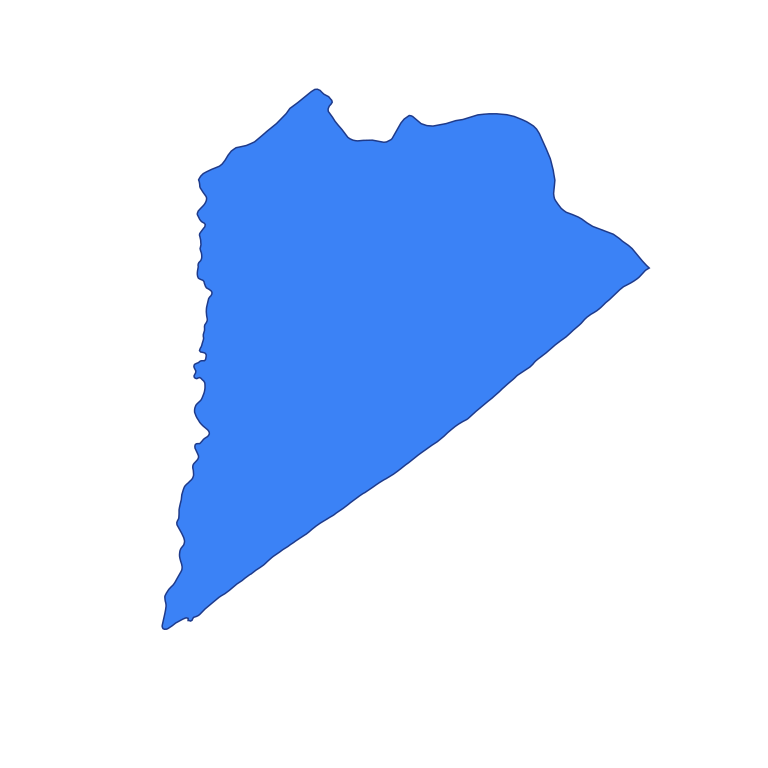 Champerico, Retalhuleu, Guatemala, rotated 284°
{"feature_id": "79465075B86216931252561", "entity_name": "Champerico", "entity_type": "district", "adm_level": 2, "iso_a3": "GTM", "parent_name": "Guatemala", "parent_adm1": "Retalhuleu", "projection": "albers", "projection_center": [-91.913, 14.334], "detail": "fine", "context": "isolated", "style": "filled", "palette": "blue", "viewbox_px": 768, "rotation_deg": 284, "n_neighbors": 0, "source": "geoboundaries", "source_scale": "gbopen_adm2", "svg_char_len": 6164}
<svg xmlns="http://www.w3.org/2000/svg" viewBox="0 0 768 768"><g transform="rotate(284 384 384)"><path d="M560.7,613.3L562.5,610.1L565.9,604.9L575.4,592.0L577.6,587.7L580.2,580.9L582.1,577.2L584.8,570.3L587.4,548.4L589.4,542.1L591.9,536.0L593.0,532.1L594.0,525.8L594.7,519.3L595.8,516.5L597.3,513.4L600.4,509.5L603.3,506.2L604.9,504.7L607.2,503.5L609.8,502.5L613.0,502.0L618.0,501.3L623.1,500.5L629.2,497.8L632.3,496.5L640.6,492.1L642.9,490.8L651.4,484.5L660.4,477.4L664.5,474.2L668.2,470.4L670.5,466.6L671.9,462.5L673.0,459.0L673.9,454.3L675.1,445.7L675.0,438.0L673.4,427.8L671.5,420.4L669.8,415.3L667.8,409.9L659.7,396.5L656.9,389.9L651.7,381.3L646.1,369.1L645.1,363.1L645.6,357.0L650.5,347.1L650.8,345.4L650.6,343.5L646.0,339.5L641.4,337.3L624.1,332.5L622.7,331.6L621.4,330.1L619.5,327.9L618.5,325.4L617.8,313.8L615.3,304.7L613.5,299.6L613.2,297.4L613.1,294.8L613.7,291.6L614.6,289.2L620.7,281.7L624.0,277.0L627.1,272.9L630.3,269.6L632.4,267.1L635.0,264.0L637.0,263.3L638.1,263.3L640.5,263.7L642.9,265.0L644.9,265.6L646.6,264.7L647.4,263.5L649.4,260.8L650.1,257.8L650.7,255.5L652.1,253.0L653.4,251.0L653.9,248.1L653.1,245.6L650.1,242.7L636.1,232.2L628.6,226.0L622.7,223.7L610.7,216.7L600.9,209.3L595.3,205.4L587.6,199.8L584.8,196.3L582.1,192.7L579.0,186.5L577.5,183.3L575.5,181.5L573.1,179.5L568.4,177.4L562.5,175.6L558.2,173.7L555.5,171.6L553.0,168.2L550.7,165.0L547.0,160.5L544.4,157.7L541.4,155.9L538.9,155.1L537.2,154.7L535.6,155.8L533.5,156.7L532.4,157.1L531.1,157.5L529.9,158.2L526.3,162.0L522.9,166.0L521.5,166.9L519.5,167.2L518.0,167.1L516.2,166.7L514.7,166.2L512.8,165.2L509.9,163.5L506.9,161.9L504.4,161.6L503.2,161.9L499.2,165.3L497.9,166.9L497.2,168.2L496.9,169.4L496.6,170.6L495.5,172.0L493.1,172.1L491.3,171.2L488.7,170.1L486.5,169.2L485.3,168.8L483.9,168.9L482.3,169.8L481.1,170.4L479.3,171.3L476.7,172.1L475.0,172.7L472.5,172.8L470.9,172.8L469.5,173.5L468.5,174.1L467.0,175.1L465.1,175.9L463.7,176.3L462.3,176.6L461.0,176.6L459.4,176.3L458.3,175.7L457.1,175.0L455.7,174.7L454.4,174.8L452.8,175.4L448.5,175.7L446.5,176.0L445.0,176.4L443.2,177.2L441.8,178.3L441.3,179.8L441.0,181.5L440.8,183.2L439.8,184.6L438.3,185.3L435.5,187.2L434.3,188.5L433.7,190.7L433.4,191.7L432.5,193.8L431.3,194.9L429.7,195.2L427.9,194.8L426.4,193.9L424.5,193.2L421.8,193.2L415.6,193.3L414.0,193.5L411.1,194.1L407.6,195.3L405.6,196.2L404.1,196.9L402.5,197.1L400.8,196.8L399.3,196.3L397.9,195.8L396.3,195.9L394.3,196.5L392.5,196.9L390.6,196.8L388.3,196.7L386.6,197.1L385.3,197.7L384.2,198.0L382.6,198.0L379.2,197.8L377.4,197.8L375.8,197.6L374.6,197.2L373.3,197.0L371.8,196.9L370.7,198.3L370.8,199.8L370.8,202.4L370.3,203.4L369.6,204.2L368.3,204.7L365.7,204.9L364.5,204.9L363.2,204.2L362.8,202.8L362.4,201.3L361.8,200.2L359.8,198.7L358.6,197.0L357.4,195.6L356.4,195.2L355.0,195.3L354.0,195.8L352.8,196.8L351.1,198.3L349.0,198.5L347.5,198.0L345.8,197.7L344.6,198.3L343.9,199.5L343.9,201.1L344.8,202.1L345.7,203.7L345.2,205.1L344.2,206.6L343.2,208.5L341.8,209.8L340.5,210.3L338.8,210.8L336.7,211.3L335.0,211.5L332.8,211.6L331.1,211.5L326.5,210.9L324.7,210.5L323.4,209.9L320.5,208.0L319.0,207.1L317.8,206.6L315.2,206.3L313.5,206.4L312.0,206.7L310.7,207.1L308.7,208.5L307.4,209.4L306.0,210.6L304.1,212.6L302.2,214.5L301.1,216.0L300.4,217.1L299.5,218.6L296.8,224.1L295.6,225.5L294.6,226.2L293.2,226.6L291.7,226.2L290.3,225.5L289.4,224.6L287.9,223.2L286.6,222.2L285.0,221.5L282.5,220.2L281.6,219.6L281.1,217.7L280.6,216.4L279.6,215.6L278.0,215.5L276.1,216.1L271.3,220.0L269.4,221.4L267.8,221.8L265.9,221.5L264.4,220.8L262.6,219.8L261.0,218.9L260.0,218.5L258.9,218.3L257.2,218.5L255.8,219.0L254.0,219.9L251.8,220.6L250.6,221.0L249.3,221.3L248.2,221.3L246.0,221.0L244.3,220.2L242.5,219.0L240.9,218.1L239.1,216.8L237.4,215.8L236.2,215.3L234.5,215.0L232.2,214.8L227.6,214.6L222.7,215.3L218.3,215.3L214.8,215.4L212.3,215.6L209.5,216.3L207.7,216.7L205.0,217.2L203.7,217.3L200.8,216.6L199.3,216.5L197.3,217.2L190.2,223.8L186.4,226.9L184.0,228.2L182.8,228.6L181.2,228.7L179.4,228.6L175.9,227.0L174.6,226.6L172.8,226.4L171.4,226.5L169.9,226.7L168.8,226.9L167.4,227.3L165.6,228.1L163.0,229.5L160.3,231.2L157.9,232.3L156.7,232.6L154.8,232.8L153.1,232.5L144.5,230.1L143.4,229.8L141.8,229.4L139.9,228.8L137.8,227.9L135.6,226.5L132.7,224.9L131.0,224.3L128.3,223.4L125.6,222.8L124.5,222.8L122.1,223.6L120.4,224.3L118.8,225.2L117.1,225.9L115.7,226.3L111.9,226.7L108.2,226.9L96.1,227.2L94.8,227.5L93.2,228.7L92.9,230.3L93.6,232.5L94.6,233.7L98.2,237.0L101.7,239.7L107.2,245.7L108.7,247.7L109.3,248.7L109.2,250.7L107.1,251.1L107.3,252.2L107.2,253.7L108.3,254.9L110.0,255.2L111.5,255.7L112.4,257.1L113.2,258.4L114.4,259.8L115.2,260.5L116.4,261.3L118.3,262.4L122.6,264.9L123.8,265.8L131.1,271.1L137.1,275.5L139.2,277.4L142.0,280.3L144.8,282.6L146.4,283.9L154.3,289.6L158.9,293.8L161.9,296.0L163.7,297.5L166.7,300.0L167.4,300.9L172.4,304.8L175.8,308.0L177.3,309.3L179.3,311.0L181.2,312.3L183.6,313.8L188.3,317.0L190.0,318.3L195.6,323.3L198.8,325.9L203.0,330.0L205.6,332.1L207.1,333.5L208.5,334.8L210.0,336.0L214.2,339.8L218.4,343.7L219.5,344.8L222.2,346.9L225.8,349.4L229.8,352.5L233.7,355.9L241.7,363.8L244.0,366.2L245.2,367.3L247.4,369.0L253.4,374.4L258.8,378.7L260.7,380.1L263.4,382.3L269.7,387.5L272.7,390.2L274.0,391.7L281.5,398.4L284.1,400.6L287.1,403.3L290.0,406.1L291.4,407.5L292.5,408.8L298.7,414.9L302.6,418.2L306.3,421.1L311.0,424.7L313.4,426.8L323.5,434.5L326.6,437.1L336.2,445.3L340.9,449.7L347.8,454.8L352.1,457.5L356.0,460.3L360.0,463.3L363.2,466.1L366.5,469.4L369.6,472.9L370.9,474.0L379.9,480.0L392.5,489.2L396.5,492.3L398.6,493.7L400.5,495.0L404.2,497.6L407.8,499.8L414.0,504.0L419.8,508.2L421.6,509.4L423.8,510.7L425.0,511.6L432.0,518.0L434.8,520.6L435.8,521.5L438.0,522.9L439.3,523.7L441.3,524.6L442.9,525.5L445.4,527.3L450.5,531.4L453.5,533.8L456.8,536.1L463.4,540.7L468.4,544.7L473.7,549.2L478.6,552.5L481.8,554.5L488.2,559.1L490.7,560.7L495.2,563.0L498.1,564.9L501.8,568.0L504.0,570.3L506.6,572.8L510.3,575.6L511.7,576.5L516.5,579.4L520.4,582.3L525.3,585.4L529.4,588.0L532.6,590.0L536.4,592.9L538.4,595.2L541.7,598.9L544.4,601.6L547.6,604.4L549.4,605.7L552.8,607.6L554.6,608.6L556.7,609.7L557.9,610.5L560.7,613.3Z" fill="#3b82f6" stroke="#1e3a8a" stroke-width="1.5"/></g></svg>